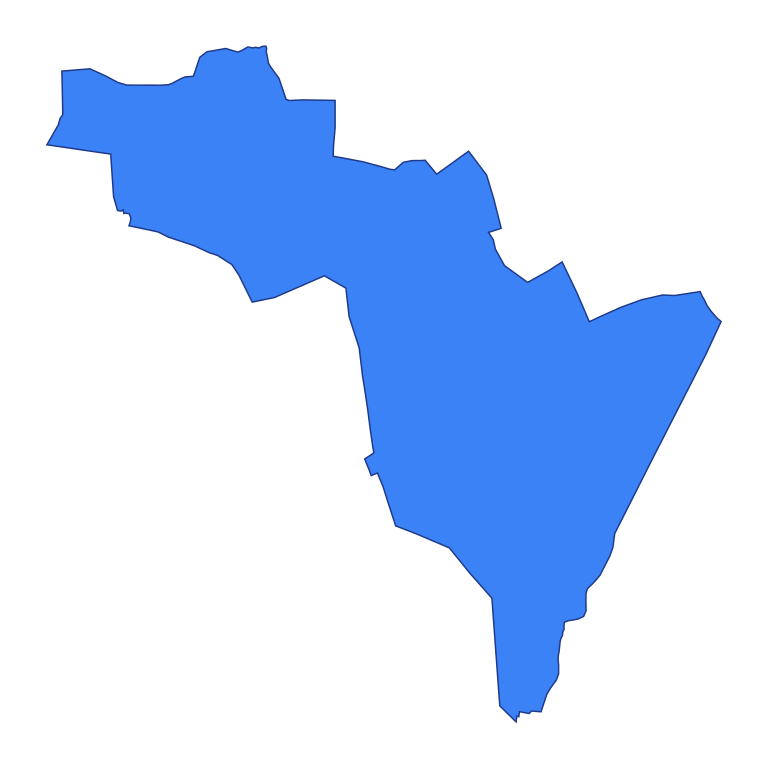 Roni, Jigawa, Nigeria (Natural Earth projection)
{"feature_id": "59680162B41504820717654", "entity_name": "Roni", "entity_type": "district", "adm_level": 2, "iso_a3": "NGA", "parent_name": "Nigeria", "parent_adm1": "Jigawa", "projection": "natural_earth1", "projection_center": [8.308, 12.563], "detail": "fine", "context": "isolated", "style": "filled", "palette": "blue", "viewbox_px": 768, "rotation_deg": 0, "n_neighbors": 0, "source": "geoboundaries", "source_scale": "gbopen_adm2", "svg_char_len": 2165}
<svg xmlns="http://www.w3.org/2000/svg" viewBox="0 0 768 768"><path d="M61.9,71.1L62.8,114.7L60.1,118.4L58.4,124.7L46.9,144.8L110.7,154.1L113.6,196.8L117.6,210.5L119.1,210.7L120.3,211.0L121.7,210.9L123.1,209.9L123.9,213.5L125.8,213.2L129.0,213.6L130.8,217.6L130.7,219.9L130.3,221.8L129.0,225.8L143.0,228.7L158.0,231.9L168.4,237.1L194.2,245.7L209.2,252.7L217.5,255.4L231.9,264.6L238.9,275.1L252.2,302.1L274.5,297.5L324.3,275.8L345.9,288.1L349.1,316.6L359.2,348.0L362.6,376.4L364.1,385.4L367.6,408.6L370.2,429.0L372.9,447.5L373.9,452.6L372.0,454.2L367.4,457.2L364.7,459.0L369.0,469.5L371.2,475.6L377.4,473.0L383.1,486.7L388.0,502.3L395.7,525.9L416.2,533.8L434.5,541.6L449.4,547.9L470.3,573.8L470.6,574.1L471.2,574.7L491.9,598.2L499.8,705.9L516.1,721.9L516.4,719.3L517.0,716.1L518.8,716.6L519.5,711.7L529.2,713.5L531.5,711.0L541.0,711.8L546.8,694.3L550.7,687.8L556.4,680.0L558.6,673.8L558.6,670.7L558.6,664.7L558.1,659.5L558.2,656.2L559.1,651.2L560.2,640.9L561.1,638.1L562.5,635.4L562.8,631.9L564.1,629.1L564.0,626.5L564.2,622.3L567.9,620.8L573.6,619.9L578.7,618.8L583.6,616.4L586.1,610.7L585.9,603.0L586.0,593.3L587.3,589.0L589.7,586.4L592.6,583.7L596.8,579.1L600.2,574.9L604.5,566.4L609.7,556.3L612.9,547.4L614.7,533.6L654.9,454.0L664.5,435.3L706.0,354.1L721.1,321.5L717.2,318.3L711.1,311.3L706.9,305.3L704.5,300.1L702.1,296.1L700.1,291.6L674.7,295.5L662.6,295.0L641.5,299.8L621.2,307.2L602.1,315.7L589.3,321.7L577.0,293.0L562.1,261.9L548.5,270.8L527.6,282.4L504.5,265.6L495.4,249.2L493.3,239.7L488.5,232.4L501.2,228.3L493.8,199.0L486.6,175.1L468.6,151.2L436.7,174.2L425.1,160.2L422.5,160.5L412.0,160.6L403.3,162.3L394.7,169.8L390.1,169.3L382.3,167.0L363.1,161.8L333.2,156.2L333.5,145.9L335.1,128.0L335.1,100.4L302.7,99.9L289.4,100.5L286.1,99.4L279.0,78.4L270.5,66.7L268.4,63.1L267.9,59.7L267.2,56.1L266.3,52.0L266.6,47.9L265.8,46.1L262.1,46.4L259.3,48.0L255.4,47.3L252.7,47.9L249.9,47.3L247.7,47.0L244.2,49.1L240.7,51.0L237.7,52.1L225.7,48.5L206.9,51.8L199.8,57.3L193.4,76.3L185.2,76.9L181.3,78.5L177.3,80.6L171.6,83.6L168.5,84.7L166.0,84.9L161.2,85.2L126.8,85.1L117.7,82.4L106.1,76.2L89.9,68.8L61.9,71.1Z" fill="#3b82f6" stroke="#1e3a8a" stroke-width="1.5"/></svg>